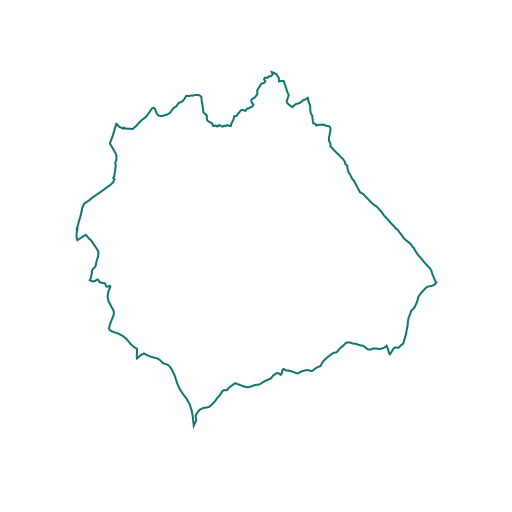 the district of Siachoque, Boyacá, Colombia, rotated 17°
{"feature_id": "7082276B99091285549459", "entity_name": "Siachoque", "entity_type": "district", "adm_level": 2, "iso_a3": "COL", "parent_name": "Colombia", "parent_adm1": "Boyacá", "projection": "equal_earth", "projection_center": [-73.22, 5.497], "detail": "fine", "context": "isolated", "style": "outline", "palette": "teal", "viewbox_px": 512, "rotation_deg": 17, "n_neighbors": 0, "source": "geoboundaries", "source_scale": "gbopen_adm2", "svg_char_len": 6065}
<svg xmlns="http://www.w3.org/2000/svg" viewBox="0 0 512 512"><g transform="rotate(17 256 256)"><path d="M83.2,170.0L83.6,170.6L83.8,173.1L83.8,179.2L83.9,182.3L83.4,190.8L83.6,191.4L91.0,198.1L93.1,200.7L93.5,201.6L94.4,205.3L94.2,207.5L94.3,208.5L95.5,210.7L96.5,216.9L97.1,221.4L96.6,223.0L98.2,224.2L97.9,224.9L98.0,227.0L95.8,230.8L87.2,242.1L86.9,242.3L81.8,248.9L80.5,251.1L76.8,255.7L76.3,256.6L75.8,260.4L76.4,267.5L76.5,271.8L76.4,274.0L76.7,277.6L76.7,282.5L76.8,282.9L77.3,282.5L78.0,287.5L78.8,290.2L79.7,291.9L80.5,293.1L87.0,285.5L91.4,288.3L92.9,288.8L94.6,289.9L97.8,292.7L99.5,293.8L103.2,297.1L104.1,298.2L104.8,300.7L105.1,303.2L105.0,306.8L105.5,312.1L105.3,313.4L103.8,316.3L103.4,318.2L103.9,319.6L104.4,324.5L104.4,326.0L104.1,327.7L106.1,328.1L107.7,327.9L109.4,326.9L110.9,325.0L111.8,324.8L112.9,325.9L114.3,326.7L115.5,326.8L119.4,326.3L120.3,326.9L120.6,327.6L121.5,328.7L122.0,328.9L122.6,328.9L123.2,328.7L124.4,327.5L125.0,327.3L125.3,327.4L125.6,327.9L125.7,328.5L125.2,333.0L126.0,338.4L128.1,342.2L133.4,347.7L134.9,348.9L135.9,350.3L136.7,352.0L137.1,353.8L136.4,362.5L136.4,365.8L136.6,368.2L137.6,369.5L140.7,370.3L147.5,370.5L152.2,371.5L156.5,373.3L162.1,377.0L166.3,378.9L169.2,379.5L170.1,382.1L171.3,387.0L172.2,388.7L174.5,384.9L175.6,383.6L177.1,382.4L177.4,381.9L179.2,382.4L185.1,383.1L191.6,382.8L195.0,383.8L198.0,385.5L198.8,385.7L203.2,385.8L204.0,386.0L205.5,386.8L207.3,388.0L209.3,389.9L213.6,394.6L218.3,401.5L222.9,406.4L226.0,408.9L231.2,412.7L235.9,417.2L239.6,422.5L242.4,427.9L246.1,436.5L246.9,430.6L245.1,426.8L245.1,425.3L246.0,421.8L247.4,419.2L250.0,416.8L252.8,415.5L255.2,414.1L257.0,411.3L259.4,406.5L260.2,403.7L261.9,400.3L263.5,394.8L264.2,394.0L265.4,393.4L266.7,393.2L267.8,392.5L268.0,390.8L268.8,389.5L273.2,383.7L282.4,384.3L286.5,384.0L290.0,381.9L291.0,380.9L291.9,380.5L292.6,379.6L296.1,378.3L297.3,377.3L301.3,372.7L302.1,372.2L303.7,370.8L304.4,370.0L306.0,368.7L307.7,364.6L308.7,363.7L309.3,362.5L310.8,361.7L312.3,361.6L314.2,362.4L314.8,361.7L314.9,359.2L314.6,357.6L314.8,356.7L315.3,356.0L316.3,356.0L317.3,356.6L318.9,356.5L320.5,356.1L324.2,355.9L329.4,356.3L330.6,355.8L331.5,355.0L332.2,353.9L334.1,352.4L335.2,351.9L338.1,350.0L342.6,349.9L343.8,349.0L345.6,346.2L346.7,344.9L349.9,342.4L350.3,339.6L351.4,336.2L352.1,335.0L354.1,331.7L356.8,327.9L358.4,326.0L361.1,324.6L362.1,322.6L362.8,320.8L364.1,318.4L365.5,316.6L367.0,313.6L368.2,312.1L370.1,311.5L372.6,311.2L374.1,311.5L377.1,310.8L381.5,311.0L385.1,310.5L387.1,311.5L390.2,312.6L392.2,312.3L393.7,311.4L394.6,310.4L398.1,309.2L399.9,309.2L401.5,308.9L404.5,306.9L406.9,304.5L407.2,303.7L409.9,307.1L410.5,308.4L411.3,309.2L412.5,310.9L412.8,310.9L413.0,309.9L413.4,309.0L414.6,304.5L415.2,303.4L415.8,302.7L418.7,302.3L419.4,301.7L420.9,298.6L422.3,297.0L422.5,295.9L422.3,291.6L422.3,287.9L421.3,278.1L420.3,273.7L420.0,270.2L420.2,267.7L420.5,266.5L420.4,263.6L420.5,262.9L422.0,260.3L422.8,257.7L423.1,255.3L423.3,254.2L423.4,249.9L423.2,248.1L423.7,245.8L424.8,242.9L427.5,237.2L428.3,235.9L430.3,234.5L432.6,233.3L434.3,232.0L435.3,230.8L436.2,228.8L435.5,228.3L433.1,225.6L429.6,221.3L428.5,219.5L426.5,217.3L419.5,213.3L416.3,211.1L410.4,207.4L407.0,204.6L405.3,203.0L405.0,202.4L403.4,201.8L401.2,199.9L399.2,198.7L394.3,196.9L391.6,195.4L390.3,194.1L388.5,193.0L383.5,189.3L382.0,189.0L379.0,187.0L376.2,185.6L371.0,182.3L366.8,180.0L363.1,177.1L357.1,173.5L355.1,173.0L350.8,171.3L347.6,169.4L341.7,166.3L341.2,165.7L340.1,165.2L338.2,165.0L336.7,164.5L335.2,162.9L333.6,161.6L333.0,160.7L327.5,155.3L325.5,154.1L321.6,150.1L320.6,149.5L320.0,148.6L318.9,147.3L317.2,144.2L316.8,143.0L314.4,141.8L313.3,139.9L312.3,139.0L311.0,137.9L308.1,136.6L304.8,134.6L303.2,134.0L300.7,132.4L299.6,132.2L297.4,130.4L295.9,129.9L294.9,129.1L294.6,127.3L294.4,126.9L292.4,124.8L291.7,123.5L291.1,121.0L291.1,118.9L290.6,116.8L290.3,113.2L290.0,112.5L288.7,110.7L287.0,110.6L284.4,111.1L283.1,110.5L282.1,110.6L281.4,111.2L280.5,111.1L278.4,112.1L277.0,112.3L276.1,112.9L275.5,113.7L274.4,112.6L273.4,112.1L272.8,112.1L272.0,112.4L271.1,110.9L270.3,108.9L269.8,108.1L269.0,105.7L266.7,103.4L266.2,102.6L265.5,101.2L263.8,96.4L260.6,92.2L259.3,89.5L259.0,89.7L257.4,92.0L255.7,93.0L254.0,95.8L251.5,98.1L250.0,98.8L249.3,99.5L247.9,101.5L247.8,102.1L247.4,102.9L246.6,102.8L243.3,101.7L241.1,100.5L240.3,99.6L240.1,98.9L240.3,92.6L238.3,90.4L231.5,80.7L229.6,80.9L227.5,82.1L226.9,82.2L225.7,78.9L223.6,77.3L222.7,76.4L221.7,75.9L217.1,75.5L217.4,76.0L218.5,76.2L218.9,76.5L219.0,77.1L218.8,77.6L217.6,79.8L216.9,80.1L215.9,80.3L215.6,80.7L215.2,81.8L214.8,82.4L213.5,82.5L212.3,83.1L212.1,84.5L212.2,85.0L212.4,85.2L213.6,85.7L213.9,86.5L213.2,88.0L211.3,89.2L210.5,90.4L210.1,91.5L210.0,92.8L209.2,94.9L208.8,97.7L209.7,99.6L209.9,100.8L209.7,101.6L208.6,104.5L206.2,107.5L206.0,108.2L206.3,109.2L206.6,109.8L207.3,110.7L209.2,111.9L209.3,112.8L208.9,113.8L206.5,116.3L205.7,117.0L204.4,117.5L203.8,119.9L203.2,120.4L202.5,120.4L202.0,120.1L201.3,120.0L200.4,120.2L198.9,121.2L197.9,123.8L197.1,125.1L196.7,127.0L196.2,127.8L194.4,128.8L194.2,129.1L194.6,131.1L193.7,137.4L193.9,139.1L192.2,139.4L190.7,139.2L190.0,139.4L189.1,140.6L187.5,140.6L186.4,141.9L185.7,142.1L184.8,141.7L182.5,141.6L182.1,142.2L182.1,142.8L181.8,143.1L180.9,143.0L180.4,143.5L179.5,143.0L179.0,143.2L177.9,144.1L176.9,144.2L176.6,144.0L176.2,143.0L174.4,141.7L172.9,141.6L170.0,140.8L169.0,139.4L168.5,138.4L168.1,136.4L167.9,136.1L166.7,135.3L163.8,134.2L159.7,125.2L158.5,123.3L157.7,120.7L157.1,119.8L155.8,119.1L154.5,118.9L151.9,119.3L150.4,119.9L149.3,120.9L147.2,121.5L145.5,122.5L142.5,123.2L141.6,126.7L140.6,129.2L140.0,130.0L137.5,132.1L137.1,132.8L136.1,136.0L133.8,138.8L131.7,144.8L130.7,145.5L129.1,147.2L127.8,147.6L126.7,148.7L124.8,149.8L122.2,150.3L120.5,149.6L119.0,148.4L116.4,144.8L114.6,144.3L113.4,145.2L110.7,153.7L109.5,156.1L107.0,159.4L104.8,163.4L103.7,166.4L102.4,168.2L100.9,170.8L99.7,170.8L94.1,172.3L92.2,171.9L92.0,173.0L87.4,172.4L83.2,170.0Z" fill="none" stroke="#0f766e" stroke-width="2"/></g></svg>